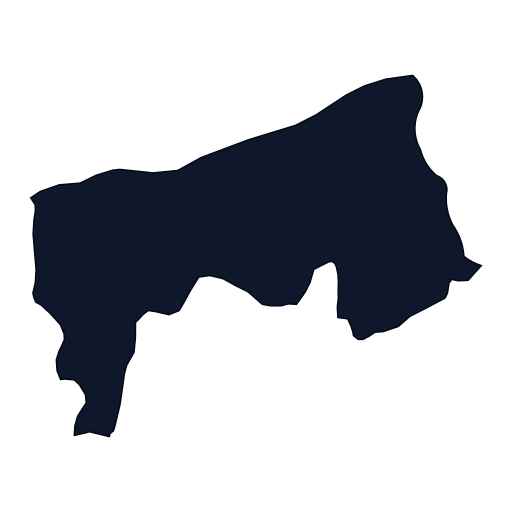 Jarablus, Aleppo, Syria
{"feature_id": "27442178B60985416821817", "entity_name": "Jarablus", "entity_type": "district", "adm_level": 2, "iso_a3": "SYR", "parent_name": "Syria", "parent_adm1": "Aleppo", "projection": "robinson", "projection_center": [38.008, 36.678], "detail": "fine", "context": "isolated", "style": "filled", "palette": "ink", "viewbox_px": 512, "rotation_deg": 0, "n_neighbors": 0, "source": "geoboundaries", "source_scale": "gbopen_adm2", "svg_char_len": 5884}
<svg xmlns="http://www.w3.org/2000/svg" viewBox="0 0 512 512"><path d="M109.3,436.6L110.1,433.5L113.5,430.8L115.4,424.0L120.0,404.6L122.4,388.3L124.4,373.6L126.7,365.2L134.0,352.3L135.4,337.9L135.5,322.4L138.7,319.3L142.8,314.7L148.2,310.5L155.1,311.5L169.0,314.7L179.1,310.6L183.4,303.4L189.3,292.5L194.8,283.5L198.7,277.1L209.7,275.5L222.9,278.6L235.2,285.4L248.0,291.8L262.3,304.3L270.6,305.8L281.0,305.8L288.2,303.9L296.5,304.3L305.3,291.9L310.1,282.3L313.8,269.4L320.3,266.1L328.6,261.9L332.4,261.5L334.9,263.6L336.4,266.9L338.0,274.7L338.4,282.0L338.2,289.3L338.3,298.9L337.3,306.8L337.9,317.5L347.7,318.8L350.9,325.8L352.8,331.7L353.5,335.7L358.2,339.4L363.0,339.4L369.4,336.0L375.0,332.2L383.2,331.6L398.4,326.4L410.0,316.3L425.9,308.2L445.0,298.1L447.4,293.3L449.0,283.2L451.8,279.4L458.2,280.8L468.1,280.3L481.3,265.6L480.7,265.4L480.1,265.2L479.6,265.0L478.8,264.7L478.2,264.5L477.7,264.3L477.1,264.1L476.6,263.8L476.0,263.6L475.5,263.4L474.9,263.1L474.4,262.9L473.8,262.6L473.1,262.2L472.6,262.0L472.0,261.7L471.5,261.4L471.0,261.1L470.5,260.8L469.8,260.4L469.3,260.1L468.7,259.8L468.2,259.4L467.7,259.1L467.2,258.8L466.7,258.4L466.3,258.1L465.8,257.7L465.3,257.4L464.8,257.0L464.3,256.7L463.9,256.3L463.8,255.3L463.7,254.2L463.6,253.6L463.6,252.9L463.4,251.9L463.3,250.9L463.1,249.9L462.9,248.9L462.8,248.2L462.7,247.5L462.5,246.5L462.2,245.5L462.1,244.9L461.9,244.2L461.6,243.2L461.3,242.3L461.0,241.3L460.7,240.3L460.3,239.4L460.0,238.4L459.6,237.5L459.2,236.5L458.8,235.6L458.4,234.6L458.1,234.0L457.6,233.1L457.2,232.2L456.9,231.6L456.5,231.0L456.0,230.1L455.5,229.2L455.0,228.3L454.4,227.5L453.9,226.6L453.3,225.7L452.7,224.9L452.4,224.3L452.1,223.7L451.8,223.1L451.5,222.5L451.3,221.9L451.0,221.3L450.7,220.7L450.5,220.1L450.2,219.4L450.0,218.8L449.7,218.2L449.5,217.6L449.3,216.9L449.1,216.3L448.9,215.7L448.7,215.0L448.5,214.4L448.3,213.8L448.1,213.1L448.0,212.5L447.8,211.8L447.7,211.2L447.5,210.2L447.3,209.6L447.2,208.9L447.1,208.3L447.0,207.6L446.8,206.6L446.7,206.0L446.6,205.3L446.5,204.3L446.5,203.6L446.4,203.0L446.4,202.7L446.3,202.0L446.3,201.3L446.3,201.0L446.3,200.3L446.3,199.7L446.2,199.0L446.2,198.7L446.2,198.0L446.3,197.3L446.3,196.7L446.3,196.3L446.3,195.7L446.3,195.4L446.4,194.7L446.4,194.0L446.5,193.0L446.6,192.8L446.6,192.4L446.7,192.0L446.8,191.5L446.8,191.3L446.8,190.9L446.9,190.6L446.9,190.2L446.9,189.8L446.9,189.3L446.9,188.9L446.8,188.7L446.8,188.4L446.8,188.0L446.8,187.8L446.7,187.4L446.6,186.9L446.6,186.7L446.4,186.1L446.3,185.6L446.2,185.4L446.2,185.2L446.0,184.8L445.9,184.6L445.8,184.2L445.7,184.0L445.5,183.6L445.3,183.2L445.1,182.8L445.0,182.6L444.8,182.2L444.6,181.8L444.4,181.6L444.1,181.1L443.8,180.7L443.5,180.4L443.2,180.1L443.1,179.9L442.9,179.7L442.6,179.4L442.5,179.2L442.1,178.9L441.8,178.6L441.5,178.3L441.1,178.1L440.8,177.8L440.4,177.5L440.2,177.4L439.8,177.2L439.5,176.9L439.1,176.7L438.9,176.6L438.5,176.4L438.1,176.2L437.9,176.1L437.4,175.9L437.0,175.8L436.6,175.6L435.9,175.0L435.4,174.6L435.0,174.1L434.5,173.7L433.8,173.0L433.4,172.6L432.9,172.1L432.5,171.7L431.9,171.0L431.5,170.5L431.0,170.0L430.6,169.6L430.0,168.8L429.6,168.3L429.1,167.6L428.7,167.1L428.3,166.6L427.8,165.8L427.3,165.0L426.9,164.5L426.6,164.0L426.1,163.2L425.8,162.7L425.5,162.1L425.2,161.6L424.9,161.0L424.4,160.2L424.2,159.6L423.9,159.1L423.5,158.2L423.2,157.7L423.0,157.1L422.6,156.2L422.4,155.6L422.2,155.1L422.0,154.5L421.7,153.9L421.5,153.3L421.3,152.7L421.1,151.8L420.8,150.9L420.7,150.3L420.5,149.7L420.1,149.0L419.7,148.3L419.5,147.9L419.2,147.2L418.8,146.5L418.7,146.1L418.4,145.4L418.0,144.6L417.9,144.3L417.6,143.5L417.3,142.7L417.1,142.0L417.0,141.6L416.8,141.2L416.6,140.4L416.5,140.1L416.3,139.3L416.1,138.5L416.0,138.1L415.8,137.3L415.7,136.9L415.7,136.5L415.5,135.8L415.5,135.4L415.3,134.6L415.2,133.8L415.2,133.4L415.1,132.6L415.1,132.2L415.0,131.4L415.0,131.0L414.9,130.2L414.9,129.8L414.9,129.0L414.9,128.6L414.9,128.2L414.9,127.4L414.9,126.6L415.0,126.2L415.0,125.4L415.0,125.0L415.1,124.6L415.2,123.8L415.3,123.0L415.3,122.6L415.4,121.8L415.5,121.4L415.6,120.6L415.7,120.2L415.9,119.4L416.0,118.6L416.1,118.2L416.2,117.8L416.4,117.1L416.7,116.3L416.9,115.5L417.0,115.1L417.3,114.4L417.5,113.6L417.7,113.2L418.0,112.5L418.3,111.7L418.4,111.4L418.7,111.0L418.9,110.6L419.1,110.2L419.3,109.8L419.5,109.5L419.7,109.1L419.9,108.7L420.0,108.3L420.2,107.9L420.4,107.5L420.5,107.1L420.7,106.7L420.8,106.2L421.0,105.8L421.1,105.4L421.3,105.0L421.4,104.6L421.5,104.2L421.6,103.7L421.7,103.3L421.8,102.9L421.9,102.5L422.0,102.0L422.1,101.6L422.1,101.2L422.2,100.8L422.3,100.3L422.3,99.9L422.3,99.5L422.4,99.0L422.4,98.6L422.4,98.2L422.5,97.7L422.5,97.3L422.5,96.9L422.5,96.4L422.5,96.0L422.4,95.6L422.4,95.1L422.4,94.7L422.3,94.3L422.3,93.8L422.3,93.4L422.2,93.0L422.1,92.5L422.1,92.1L422.0,91.7L421.9,91.2L421.8,90.8L421.7,90.4L421.6,90.0L421.5,89.6L421.4,89.1L421.3,88.7L421.1,88.3L421.0,87.9L420.9,87.5L420.7,87.1L420.6,86.7L420.4,86.2L420.2,85.8L420.1,85.4L419.9,85.0L419.7,84.7L419.5,84.3L419.3,83.9L419.1,83.5L418.9,83.1L418.7,82.7L418.4,82.3L418.2,82.0L418.0,81.6L417.7,81.2L417.5,80.9L417.2,80.5L417.0,80.1L416.7,79.8L416.5,79.4L416.2,79.1L415.9,78.8L415.6,78.4L415.3,78.1L415.0,77.8L414.7,77.4L414.4,77.1L414.1,76.8L413.8,76.5L413.5,76.2L413.2,75.9L412.7,75.4L386.0,79.1L380.1,80.9L378.3,81.5L364.4,85.9L345.8,95.3L316.2,114.8L295.4,125.4L249.3,139.5L237.2,144.0L201.0,157.6L194.7,161.1L177.6,170.5L153.2,172.9L119.7,169.4L112.6,170.2L105.5,172.4L96.1,175.3L80.1,183.1L59.4,184.8L40.4,191.4L30.7,197.8L35.1,204.7L35.4,210.2L34.0,219.9L33.1,234.0L36.1,269.9L35.3,282.8L32.9,293.1L33.9,297.6L35.8,302.1L41.1,305.0L50.2,313.4L60.4,324.7L64.1,333.8L64.4,339.6L62.2,344.7L59.1,351.2L56.3,359.9L57.1,370.9L60.6,379.5L64.9,379.0L74.3,379.9L79.4,384.7L85.5,394.7L86.2,402.9L81.0,410.8L77.7,416.1L74.9,425.7L74.3,435.4L78.1,434.6L89.7,431.8L97.4,433.7L109.3,436.6Z" fill="#0f172a" stroke="#020617" stroke-width="1.5"/></svg>